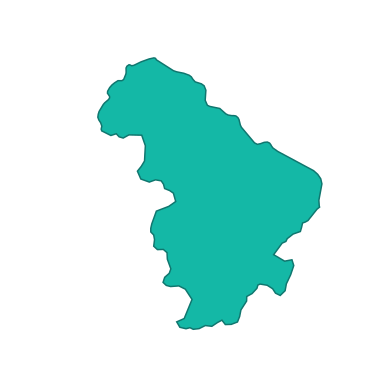 an SVG outline of Kardzhali, rotated 226°
{"feature_id": "BGR-2237", "entity_name": "Kardzhali", "entity_type": "Province", "adm_level": 1, "iso_a3": "BGR", "parent_name": "Bulgaria", "parent_adm1": "", "projection": "orthographic", "projection_center": [25.602, 41.573], "detail": "fine", "context": "isolated", "style": "filled", "palette": "teal", "viewbox_px": 384, "rotation_deg": 226, "n_neighbors": 0, "source": "natural_earth", "source_scale": "10m", "svg_char_len": 2030}
<svg xmlns="http://www.w3.org/2000/svg" viewBox="0 0 384 384"><g transform="rotate(226 192 192)"><path d="M300.3,170.3L302.0,172.9L305.3,174.4L308.5,175.0L311.2,176.2L313.1,178.6L314.5,181.2L316.6,189.0L316.8,191.3L316.5,196.1L316.9,198.1L318.2,199.2L321.8,199.8L323.1,201.3L324.3,205.3L324.6,208.8L324.3,212.2L323.5,216.1L320.8,218.9L320.4,221.0L322.8,226.4L323.8,227.7L327.0,230.7L327.7,232.6L327.3,235.1L326.2,235.8L324.7,236.3L323.5,238.2L321.0,245.8L317.5,253.6L314.9,257.8L313.5,258.6L311.8,258.2L292.2,262.9L289.2,264.4L283.1,268.6L277.9,271.1L275.3,271.5L272.3,270.9L269.0,270.8L263.3,273.9L260.0,274.5L255.6,272.7L248.8,265.2L243.7,263.3L241.3,264.2L232.8,270.0L224.8,270.6L222.2,271.5L219.4,273.6L217.7,275.3L216.2,276.4L213.6,276.7L211.4,276.1L206.6,273.3L204.3,272.5L184.0,271.1L180.9,272.1L179.1,275.0L177.6,278.4L175.6,280.9L173.3,281.8L171.5,281.6L169.7,281.1L167.4,280.8L161.5,281.9L122.8,294.3L117.4,294.7L112.1,293.8L107.6,291.1L97.9,277.5L93.5,273.8L92.5,273.3L92.8,270.0L90.9,255.6L91.7,252.6L92.9,250.0L90.4,246.2L88.3,242.5L91.5,235.6L92.3,228.1L91.2,225.2L92.6,221.3L90.2,207.2L77.9,210.6L73.8,216.8L68.4,214.1L63.9,205.4L60.4,196.1L56.3,190.4L56.3,183.6L61.2,181.8L66.4,182.8L72.7,181.3L78.5,177.0L79.3,174.7L77.6,171.8L77.2,164.7L78.8,158.8L75.6,155.5L73.2,145.3L69.3,139.7L66.9,134.4L69.5,128.3L73.5,123.9L79.0,124.5L80.4,119.7L81.6,113.0L86.7,108.8L88.8,102.2L92.4,97.5L95.8,96.3L97.8,92.7L103.1,89.3L109.2,90.8L106.4,98.5L114.7,117.4L126.7,119.7L133.6,117.3L138.9,110.9L142.7,108.6L147.1,108.4L149.6,113.1L149.3,119.1L151.4,123.4L160.8,127.6L165.7,131.9L170.6,131.5L174.6,127.1L179.6,126.8L183.8,132.0L187.7,134.6L191.9,134.6L194.5,137.1L197.0,140.9L203.0,153.1L197.8,165.3L196.5,173.7L204.1,177.8L208.6,176.9L213.5,174.7L217.4,176.9L221.4,177.6L226.1,174.2L228.8,168.2L236.9,164.2L244.9,167.2L245.7,173.4L247.3,179.4L257.7,190.6L267.8,195.3L276.9,186.3L278.6,180.0L282.3,177.9L286.5,178.0L289.0,172.9L298.7,169.5L300.2,170.3L300.3,170.3Z" fill="#14b8a6" stroke="#0f766e" stroke-width="1.5"/></g></svg>